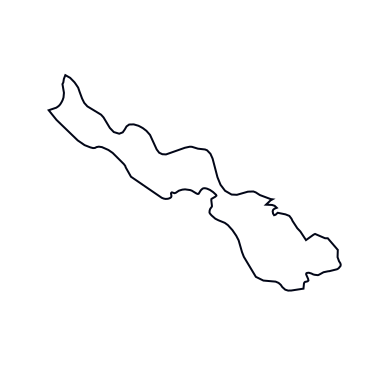 map outline of Brodsko-Posavska (Robinson projection), rotated 207°
{"feature_id": "HRV-1602", "entity_name": "Brodsko-Posavska", "entity_type": "County", "adm_level": 1, "iso_a3": "HRV", "parent_name": "Croatia", "parent_adm1": "", "projection": "robinson", "projection_center": [17.756, 45.221], "detail": "fine", "context": "isolated", "style": "outline", "palette": "ink", "viewbox_px": 384, "rotation_deg": 207, "n_neighbors": 0, "source": "natural_earth", "source_scale": "10m", "svg_char_len": 2658}
<svg xmlns="http://www.w3.org/2000/svg" viewBox="0 0 384 384"><g transform="rotate(207 192 192)"><path d="M50.0,212.4L35.8,206.6L32.7,200.0L29.6,197.1L27.4,195.8L26.4,194.6L26.1,193.4L26.7,190.8L27.1,189.9L27.7,189.0L33.7,183.8L34.8,183.1L38.4,180.2L41.1,176.2L41.9,175.2L42.5,174.9L45.2,173.9L46.6,173.6L48.5,173.6L51.3,173.1L52.8,172.1L53.2,171.4L53.0,170.6L52.3,169.9L49.1,167.3L48.1,166.0L48.4,165.0L49.2,164.2L50.4,163.3L50.8,162.3L50.7,161.3L48.8,156.5L58.8,149.3L61.6,147.8L64.6,147.3L68.4,148.3L70.8,149.6L73.6,150.3L76.8,150.1L88.2,145.5L96.6,145.4L116.4,157.8L120.2,161.2L128.5,170.1L132.7,173.1L138.7,176.4L145.0,178.8L148.8,179.4L155.7,178.8L159.1,178.8L163.9,180.0L165.9,180.8L167.0,181.5L167.3,182.1L167.8,183.3L167.9,183.8L168.0,184.3L168.1,185.1L168.0,186.0L167.7,187.7L167.7,188.2L168.0,188.8L171.0,193.3L171.5,194.4L171.5,194.7L169.1,198.4L168.6,199.8L169.2,200.4L173.1,201.5L176.9,202.0L180.1,201.8L181.4,201.5L182.5,201.1L183.3,200.6L183.8,200.2L184.1,199.7L184.5,198.8L184.8,197.9L185.0,196.9L185.2,194.4L185.3,193.4L185.9,192.9L187.3,192.7L192.8,193.1L194.5,192.9L199.4,191.2L201.7,189.7L204.2,187.3L205.1,185.8L205.6,184.8L206.0,184.1L206.4,183.7L206.9,183.1L207.4,182.9L209.5,182.6L209.9,182.4L210.1,181.9L210.1,181.3L209.9,180.9L209.0,179.8L208.6,179.2L208.3,178.5L208.3,177.8L208.6,177.1L209.2,176.2L210.1,175.3L211.2,174.5L212.5,173.8L214.2,173.3L216.3,173.1L253.3,177.9L262.2,183.8L262.4,184.0L262.6,184.2L263.3,184.9L265.3,185.9L280.4,190.8L285.6,191.5L292.6,191.1L295.6,190.1L297.4,188.7L298.5,187.2L300.1,186.2L302.9,185.6L309.0,185.0L317.3,186.1L345.4,194.7L356.8,199.8L351.2,205.5L350.3,207.1L349.6,208.7L349.2,210.4L349.0,212.7L349.0,215.0L349.4,217.9L351.1,222.2L356.3,229.2L356.4,229.3L356.4,231.2L357.5,234.6L357.9,238.6L352.4,238.4L346.5,236.4L344.4,235.3L340.8,233.3L337.6,230.2L332.4,225.4L328.5,222.5L324.1,220.8L308.1,219.6L304.7,218.3L294.3,211.8L288.9,209.9L283.3,210.9L280.8,213.7L280.3,217.1L280.1,220.7L278.6,223.6L274.6,225.8L269.8,226.7L267.5,226.7L264.8,226.6L260.4,225.8L255.3,223.8L242.8,213.9L239.1,212.1L235.6,212.2L232.2,213.7L218.4,228.2L214.6,231.3L212.7,232.2L206.4,233.3L199.7,235.8L197.5,236.0L192.9,234.4L188.8,231.1L181.5,222.9L176.0,216.7L169.9,211.4L163.1,208.1L155.6,207.7L150.7,209.9L142.3,217.7L137.6,220.3L135.1,220.6L130.1,220.1L118.7,221.4L117.0,222.0L118.2,220.2L120.3,214.3L114.8,216.8L112.1,217.2L109.3,216.4L110.9,214.6L111.6,213.1L111.4,211.5L110.0,209.6L108.3,208.6L107.2,209.7L106.6,211.4L106.2,212.4L98.6,214.5L94.4,214.9L91.3,213.4L89.2,211.8L81.7,207.5L77.5,206.0L68.6,200.9L64.3,209.2L63.3,210.5L52.5,211.2L50.0,212.4Z" fill="none" stroke="#020617" stroke-width="2"/></g></svg>